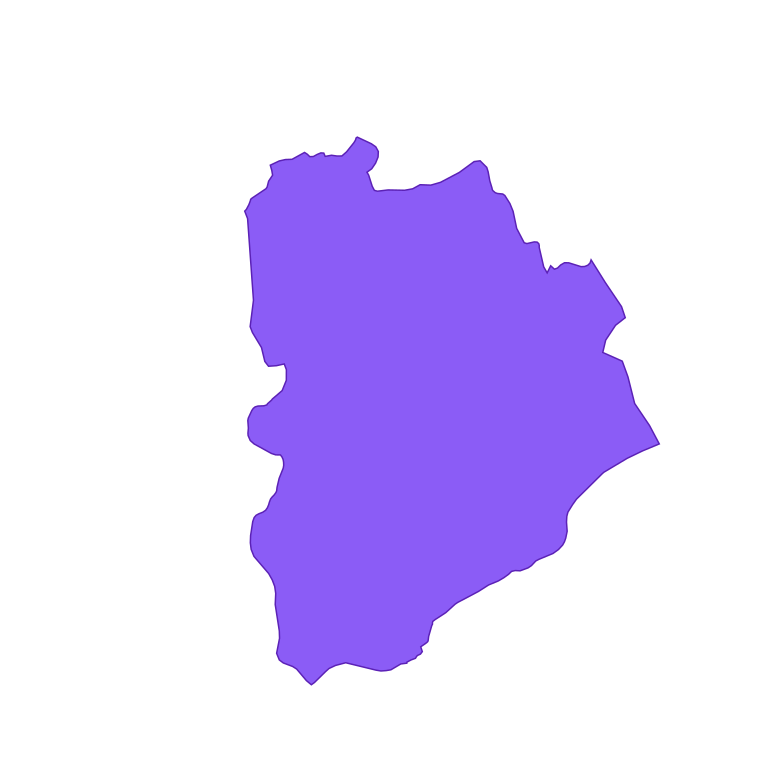 map outline of Rajshahi (Natural Earth projection), rotated 56°
{"feature_id": "BGD-3255", "entity_name": "Rajshahi", "entity_type": "Division", "adm_level": 1, "iso_a3": "BGD", "parent_name": "Bangladesh", "parent_adm1": "", "projection": "natural_earth1", "projection_center": [88.991, 24.559], "detail": "fine", "context": "isolated", "style": "filled", "palette": "violet", "viewbox_px": 768, "rotation_deg": 56, "n_neighbors": 0, "source": "natural_earth", "source_scale": "10m", "svg_char_len": 2870}
<svg xmlns="http://www.w3.org/2000/svg" viewBox="0 0 768 768"><g transform="rotate(56 384 384)"><path d="M330.9,503.6L331.8,500.8L334.9,495.8L335.8,492.8L335.2,491.6L334.5,486.3L334.0,484.9L332.5,472.1L326.3,462.9L317.5,456.9L311.6,455.5L308.7,462.9L304.7,469.8L298.7,470.2L285.3,465.2L267.8,464.3L261.6,462.9L241.6,445.4L170.6,404.6L162.8,402.8L162.3,400.5L159.8,395.8L157.4,392.4L156.3,391.2L156.1,389.5L156.1,372.6L155.3,370.7L151.3,366.2L148.6,359.6L144.2,357.6L139.0,355.9L140.5,346.1L142.8,340.2L146.3,334.6L147.6,320.4L150.6,319.1L154.0,318.4L155.9,315.4L156.3,311.0L157.1,307.1L158.9,304.8L162.4,305.5L165.0,299.6L168.7,295.5L171.4,291.4L170.6,285.2L167.1,274.0L165.8,271.2L164.4,269.5L164.4,268.1L177.8,260.1L182.8,258.2L188.1,258.7L192.5,262.0L196.2,267.5L198.7,273.8L198.9,279.7L202.2,279.9L213.5,283.2L218.1,283.7L220.5,281.6L225.4,272.1L234.9,258.6L238.2,251.1L239.0,242.6L245.3,234.0L248.4,224.4L250.7,203.2L250.0,184.9L252.7,179.5L261.9,177.7L266.3,179.0L274.8,182.7L282.0,184.9L283.3,185.5L284.6,185.6L287.6,184.8L289.5,183.4L292.9,179.3L295.3,178.4L304.8,178.7L313.0,180.4L329.2,187.0L345.3,188.8L347.5,187.0L350.2,180.0L352.0,177.7L354.2,177.2L355.9,177.8L357.7,179.0L376.2,186.1L383.1,186.6L379.2,179.7L384.1,178.5L384.9,175.3L384.1,171.0L384.4,166.6L386.8,163.1L396.9,155.0L398.8,151.9L399.5,148.6L398.9,145.5L396.9,142.9L423.6,143.8L452.7,143.8L463.9,146.9L464.8,159.2L471.6,175.7L480.2,185.0L498.3,173.7L514.6,177.8L540.3,187.1L566.9,187.1L587.6,189.3L584.1,206.7L581.6,223.9L580.1,251.1L580.5,253.8L587.1,288.8L589.5,295.2L593.1,303.2L595.9,306.4L600.5,309.9L608.5,314.5L613.4,319.5L615.7,322.6L617.4,325.9L618.8,331.9L619.0,338.7L616.0,353.5L615.6,357.1L617.0,363.3L617.0,367.4L615.0,375.6L612.0,379.6L610.7,383.0L611.4,387.0L611.6,393.0L611.2,399.4L609.1,409.6L608.8,421.7L606.3,445.0L606.3,448.2L608.1,460.6L607.9,473.3L608.1,476.2L608.4,476.7L608.8,477.1L610.4,478.3L610.9,479.4L618.2,488.1L621.2,490.7L622.0,491.7L622.3,493.4L622.4,500.5L627.3,501.9L628.3,504.8L627.8,507.8L628.0,509.2L629.0,511.3L627.9,515.9L627.4,520.5L628.2,521.2L625.5,526.6L624.8,538.1L622.8,542.5L620.2,547.0L616.9,550.5L593.7,571.6L590.2,581.6L589.1,588.7L589.8,593.5L592.6,608.6L592.7,612.4L586.5,614.2L571.5,615.8L567.1,617.7L558.9,623.5L554.2,625.1L547.2,623.6L536.4,612.8L530.2,608.9L506.0,597.5L497.1,590.9L490.7,587.8L483.9,586.2L476.6,585.6L454.2,588.2L446.8,586.6L440.9,583.6L435.1,579.4L424.6,569.7L422.1,566.3L421.3,563.4L421.6,560.3L422.5,556.2L422.5,552.8L421.4,549.9L419.7,547.3L417.7,544.9L415.9,542.3L415.1,539.8L414.6,537.2L413.5,534.2L412.5,532.7L409.8,530.4L403.6,523.7L397.4,514.6L395.3,512.6L392.7,511.0L390.3,509.9L387.7,509.4L384.9,509.5L382.2,513.4L378.6,516.2L361.1,525.2L356.1,526.5L350.8,525.5L348.7,524.3L344.7,521.1L338.1,517.3L336.4,515.6L332.1,508.5L331.1,506.0L330.9,503.6Z" fill="#8b5cf6" stroke="#5b21b6" stroke-width="1.5"/></g></svg>